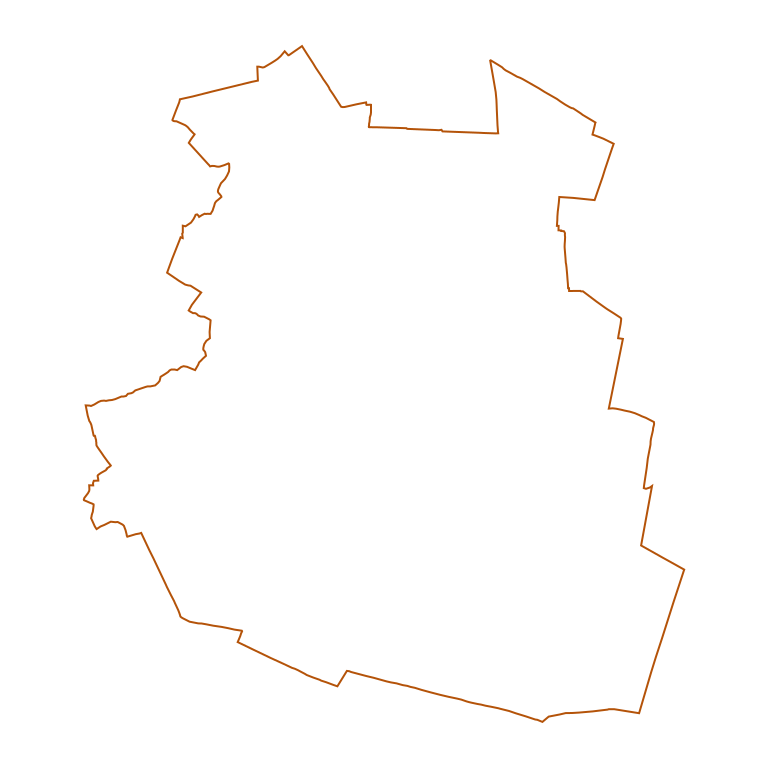 the district of Dumbraveni, Vrancea, Romania
{"feature_id": "2599482B91925351810822", "entity_name": "Dumbraveni", "entity_type": "district", "adm_level": 2, "iso_a3": "ROU", "parent_name": "Romania", "parent_adm1": "Vrancea", "projection": "mercator", "projection_center": [27.087, 45.55], "detail": "fine", "context": "isolated", "style": "outline", "palette": "amber", "viewbox_px": 768, "rotation_deg": 0, "n_neighbors": 0, "source": "geoboundaries", "source_scale": "gbopen_adm2", "svg_char_len": 6027}
<svg xmlns="http://www.w3.org/2000/svg" viewBox="0 0 768 768"><path d="M684.2,569.6L682.4,568.6L662.6,557.6L641.1,545.5L652.0,486.0L649.9,487.5L646.0,488.8L643.8,488.1L644.1,485.3L646.7,468.0L647.8,458.6L649.0,452.4L650.1,446.7L650.5,444.6L650.6,441.5L651.0,438.6L652.5,432.3L653.0,430.0L653.1,428.2L654.0,424.8L654.1,423.5L653.9,422.0L645.8,417.8L641.9,416.3L639.4,415.1L634.9,413.2L630.0,411.7L624.7,410.6L621.0,409.7L616.1,408.7L612.6,408.3L608.8,408.6L622.9,338.9L618.1,338.2L618.4,336.1L620.6,324.1L621.0,320.9L621.2,318.8L620.6,317.8L613.9,313.4L607.4,309.3L605.2,307.8L596.4,301.5L582.9,291.3L580.9,291.3L580.3,290.9L569.1,291.0L569.0,288.2L568.1,288.2L567.9,284.0L567.6,280.6L567.1,274.0L566.5,267.3L566.1,264.1L565.8,262.8L565.5,258.4L564.7,248.5L564.6,246.7L564.7,243.9L564.9,241.3L565.1,237.1L564.9,235.3L564.9,234.3L565.0,233.7L564.8,232.7L564.4,232.0L563.9,231.2L561.2,231.0L561.2,230.5L558.5,230.3L558.6,225.9L556.9,225.9L557.3,220.1L557.4,216.4L557.8,211.1L557.9,210.6L558.0,209.7L558.8,202.9L559.3,197.0L573.2,197.9L594.6,200.1L602.6,177.0L605.0,169.3L608.5,158.9L611.9,148.8L613.7,143.8L603.4,138.7L599.1,137.0L594.6,135.3L592.5,134.6L594.7,125.6L595.2,123.2L595.5,122.5L582.7,114.9L580.9,113.5L573.2,108.4L571.7,108.1L569.9,107.3L565.2,104.6L560.3,101.4L557.0,99.0L544.7,92.0L539.0,88.4L522.7,79.1L520.1,77.8L517.1,76.7L509.9,72.6L505.7,70.4L503.7,68.9L502.1,67.3L498.3,64.9L490.7,60.3L490.2,60.6L493.6,79.9L494.0,82.2L495.7,92.2L496.4,99.6L496.6,104.1L496.8,109.7L497.5,125.3L498.0,131.7L498.2,133.3L495.6,133.4L483.9,133.0L480.1,132.8L442.5,131.4L441.5,129.8L439.1,130.2L438.4,130.2L435.1,130.0L408.0,128.9L407.2,128.9L406.8,128.5L406.4,128.2L397.1,127.9L377.8,127.3L369.3,127.2L368.9,127.1L368.8,126.8L369.0,125.6L369.1,123.6L369.5,121.9L369.8,118.7L369.8,117.5L370.7,114.7L371.0,112.5L371.0,104.8L370.4,104.7L366.5,104.9L366.3,104.4L366.1,102.4L356.5,104.3L344.7,107.0L342.7,107.1L341.2,106.8L340.5,105.8L333.3,94.6L329.6,89.2L329.1,87.8L327.7,85.5L324.5,80.9L323.4,79.4L321.1,75.7L315.9,68.0L313.0,63.2L307.2,54.3L302.0,46.1L288.9,55.2L288.3,55.3L284.7,51.3L280.7,56.1L277.6,58.9L275.0,60.7L271.5,62.9L264.4,67.1L262.8,67.5L259.0,66.7L257.3,66.7L257.5,71.7L257.9,80.6L251.6,81.9L235.3,85.9L212.7,91.4L192.6,96.5L179.9,99.3L179.8,100.0L179.2,102.4L176.1,110.2L172.4,120.0L172.6,120.4L173.6,121.0L174.5,121.2L176.5,121.3L181.0,123.3L185.0,125.1L186.1,125.8L187.8,127.2L189.9,129.7L193.5,133.4L194.6,134.3L194.3,134.8L191.7,138.3L190.4,140.2L188.8,142.9L203.8,159.4L208.1,164.1L209.1,165.1L210.1,166.4L212.0,165.9L214.4,166.0L217.0,166.6L218.8,166.7L220.0,166.5L224.4,165.1L228.5,163.4L229.1,163.9L229.3,167.5L229.0,171.4L227.1,175.5L225.0,179.0L223.4,180.7L221.0,183.2L220.1,185.1L218.3,189.2L218.0,190.4L217.9,191.2L218.2,192.5L220.2,194.8L221.3,196.3L221.4,197.0L218.0,199.9L216.3,201.2L215.1,202.8L214.6,204.2L214.2,205.8L213.4,208.1L212.6,210.6L210.6,213.9L207.2,213.8L205.9,214.0L204.7,213.7L201.9,215.1L199.1,216.9L198.4,215.6L197.1,214.4L195.6,214.8L194.9,216.5L193.4,219.3L191.0,222.6L185.5,226.3L182.8,225.7L182.8,232.7L182.2,233.7L182.7,237.9L182.7,238.1L180.6,237.3L179.5,240.3L172.1,259.0L167.1,272.7L179.1,280.9L185.2,284.6L188.2,285.4L190.5,285.7L201.2,292.5L191.9,304.8L188.7,310.5L190.4,311.7L191.9,312.5L192.9,313.1L194.9,313.1L196.3,313.7L197.4,314.6L197.9,315.3L199.3,316.0L200.7,316.5L204.1,316.7L209.2,319.3L210.6,320.3L209.6,332.0L209.9,338.2L206.4,340.8L204.3,344.0L203.7,346.2L203.3,348.2L203.3,349.7L204.8,351.5L205.2,352.2L206.0,355.8L203.0,358.5L200.8,360.8L199.1,362.4L198.2,364.7L195.1,370.1L191.1,368.5L187.0,366.8L183.6,366.2L181.2,367.0L177.2,370.1L174.5,369.5L171.4,369.5L169.6,370.4L168.1,372.0L165.6,373.7L160.6,376.8L159.6,380.9L158.1,382.8L155.2,385.4L150.3,386.4L147.6,386.4L145.7,386.9L135.3,390.4L132.9,392.5L131.3,393.2L127.9,393.8L126.0,396.0L123.6,396.5L121.5,396.5L115.3,399.1L112.0,400.0L108.9,400.3L106.0,400.9L104.1,400.6L101.0,400.9L98.4,402.0L94.3,404.5L91.0,406.0L89.7,405.6L85.7,405.4L87.7,415.6L89.3,421.0L89.9,421.8L90.7,423.3L91.4,425.1L93.2,433.6L93.6,435.5L94.0,435.9L94.9,435.8L95.1,436.2L95.3,437.5L96.1,440.1L96.1,441.2L96.4,443.0L96.3,443.6L96.5,445.5L97.5,447.1L99.2,449.6L101.6,453.0L103.9,456.4L107.9,461.9L110.7,465.4L110.8,465.6L109.8,466.5L106.8,468.5L106.9,469.0L105.7,470.3L101.9,472.4L100.4,473.3L99.7,473.8L98.1,475.0L97.7,475.6L97.6,475.9L98.2,479.2L98.3,480.6L93.8,480.8L93.0,483.2L93.2,485.4L89.2,485.3L89.4,489.4L89.2,490.9L88.1,493.0L86.0,495.8L84.3,498.0L83.8,499.7L84.0,500.2L86.4,501.2L90.2,502.9L91.9,503.5L93.1,504.1L93.6,504.4L93.6,505.7L92.8,511.8L92.2,513.5L91.7,515.2L91.5,516.7L91.1,518.2L94.8,526.4L96.2,528.6L96.6,529.1L100.5,526.5L104.4,524.9L110.8,521.7L115.3,522.2L117.7,522.0L122.6,524.6L123.9,525.8L125.6,530.3L125.7,530.8L126.7,534.7L126.8,535.7L127.3,536.7L131.7,535.4L135.7,534.2L139.5,533.5L141.2,532.9L149.2,549.9L153.4,558.3L157.6,567.2L165.7,584.3L166.9,587.0L167.6,588.4L171.0,595.2L174.1,601.1L174.8,602.8L176.9,607.3L178.3,610.3L179.4,613.2L180.0,615.0L180.4,616.5L181.4,617.4L182.9,618.3L189.6,621.7L198.3,623.4L201.6,623.5L206.2,624.3L213.3,625.7L221.6,626.9L228.3,628.2L234.4,629.6L241.8,630.7L242.1,631.2L241.6,632.4L241.2,633.1L240.2,636.2L237.7,642.1L252.6,649.3L270.7,658.0L283.2,663.7L292.1,667.9L294.7,668.7L298.0,670.2L300.2,671.4L304.8,673.8L306.7,675.0L313.1,677.5L319.7,679.8L321.1,680.6L326.1,682.2L333.6,685.0L337.4,686.3L346.9,670.9L349.2,671.2L351.1,672.0L359.4,674.2L366.2,676.0L373.7,677.8L386.6,681.4L390.9,682.4L396.7,683.4L397.7,683.7L402.7,685.1L407.4,685.9L410.5,686.9L414.8,687.8L421.6,689.9L430.0,692.2L440.0,694.8L448.5,696.8L457.1,698.6L461.3,699.6L466.5,701.4L469.0,702.1L471.5,702.7L477.6,704.0L481.1,704.6L485.5,705.7L489.2,706.4L490.9,706.7L498.6,708.3L499.9,708.7L509.1,711.0L515.8,713.3L525.9,716.4L535.2,719.5L537.3,719.8L542.4,721.9L548.7,716.6L559.6,714.5L565.6,713.1L572.1,713.0L578.8,712.6L592.7,711.4L607.6,709.6L608.8,709.2L614.2,709.2L639.1,713.2L651.2,672.1L655.8,657.3L662.0,638.4L673.5,602.2L684.2,569.6Z" fill="none" stroke="#b45309" stroke-width="2"/></svg>